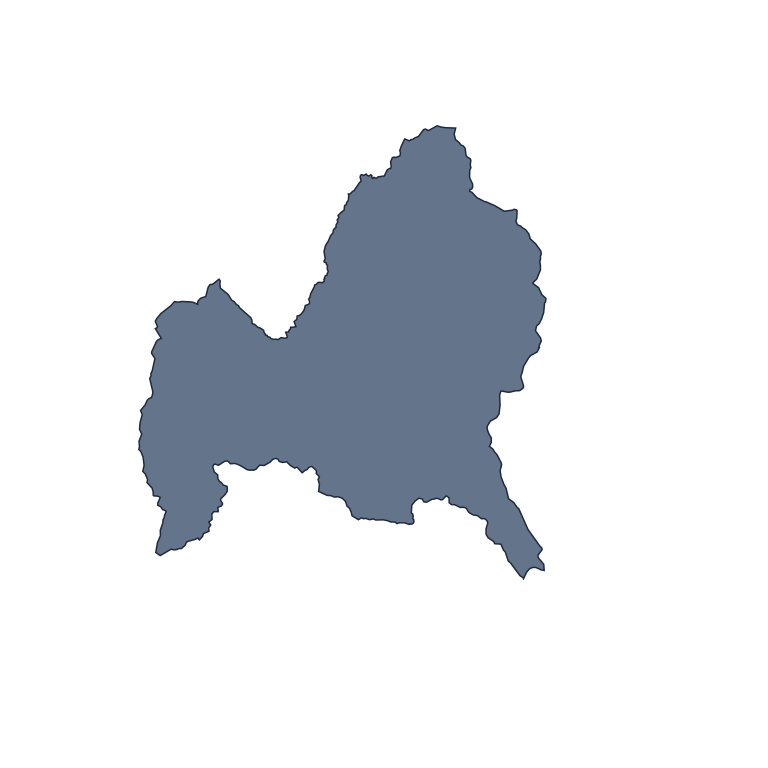 Andes, Antioquia, Colombia (Mercator projection), rotated 209°
{"feature_id": "7082276B30380127815857", "entity_name": "Andes", "entity_type": "district", "adm_level": 2, "iso_a3": "COL", "parent_name": "Colombia", "parent_adm1": "Antioquia", "projection": "mercator", "projection_center": [-75.916, 5.629], "detail": "fine", "context": "isolated", "style": "filled", "palette": "slate", "viewbox_px": 768, "rotation_deg": 209, "n_neighbors": 0, "source": "geoboundaries", "source_scale": "gbopen_adm2", "svg_char_len": 6171}
<svg xmlns="http://www.w3.org/2000/svg" viewBox="0 0 768 768"><g transform="rotate(209 384 384)"><path d="M501.9,126.0L496.6,125.4L490.1,136.3L486.9,137.3L484.8,138.9L484.2,140.1L481.4,141.9L479.7,146.6L480.1,149.3L479.5,151.0L473.5,156.9L472.0,159.1L469.9,158.1L468.8,162.8L469.4,165.6L465.7,170.4L467.5,172.9L467.2,176.7L470.3,178.3L468.7,182.1L471.5,186.7L471.0,189.8L467.1,192.0L469.5,195.6L467.1,198.4L466.9,200.6L467.5,201.4L470.4,202.9L471.1,204.3L469.3,210.7L469.2,214.6L471.6,218.4L475.6,217.7L478.4,218.9L480.7,219.1L483.5,220.7L485.3,223.8L489.8,224.8L493.6,228.5L493.8,231.2L492.8,232.1L489.3,232.7L485.9,239.1L484.1,240.5L482.4,240.7L479.6,239.8L476.3,242.0L474.3,242.6L469.6,243.0L462.4,242.7L460.2,243.3L456.1,245.6L454.7,247.3L453.5,252.7L449.3,254.6L445.7,260.5L444.6,264.5L442.5,266.4L440.3,266.9L438.4,265.6L437.0,265.6L434.4,266.4L431.4,268.8L426.3,267.3L421.3,267.2L420.0,268.9L419.3,269.0L412.5,266.7L411.1,270.4L410.0,271.4L409.0,275.3L407.1,276.9L401.9,275.7L400.8,275.0L399.9,272.9L395.5,271.5L395.4,268.5L392.0,265.2L389.1,258.3L379.8,259.0L376.3,260.6L372.4,261.1L369.2,263.3L364.9,263.8L360.6,262.6L357.1,259.2L353.9,258.6L350.9,256.3L348.1,253.3L340.6,252.9L338.9,256.0L336.4,256.3L334.6,257.7L330.8,258.3L328.1,260.7L325.2,261.1L318.9,264.8L314.1,266.3L311.5,266.5L307.4,268.6L304.9,268.2L303.5,269.9L300.3,271.7L298.3,272.7L294.4,273.3L291.6,275.1L291.0,276.2L291.0,277.8L292.2,279.8L293.7,280.4L294.4,282.7L296.0,284.3L297.6,284.5L301.0,291.6L299.9,297.2L297.9,301.2L294.7,301.9L292.0,300.3L290.2,300.9L289.2,301.6L286.0,306.6L283.8,308.1L283.0,309.3L281.5,310.0L278.2,310.2L276.7,311.2L275.6,315.7L274.9,316.5L271.9,315.9L269.4,311.7L266.6,311.2L263.6,312.7L257.4,313.0L254.7,314.7L252.9,315.2L251.4,315.0L248.0,313.0L245.7,312.7L242.4,312.8L238.4,314.2L233.5,313.4L230.9,314.9L229.2,314.9L227.1,314.0L225.8,312.6L224.6,306.9L221.8,302.0L218.4,300.0L211.6,299.4L209.8,298.0L204.1,300.6L198.8,296.6L196.6,296.0L189.6,289.5L186.5,288.8L171.9,282.2L168.9,282.2L167.6,281.3L168.0,288.4L167.3,292.4L166.0,294.6L164.2,296.2L161.9,297.2L156.5,297.6L153.5,298.6L156.9,303.8L163.8,306.4L165.8,307.8L166.3,308.9L165.4,315.7L166.5,317.1L169.1,317.8L187.6,326.6L205.7,340.3L208.0,340.7L213.2,343.3L219.4,344.0L226.8,352.1L229.9,353.9L236.5,359.4L240.5,364.6L241.9,370.2L243.1,371.7L250.7,376.9L254.5,378.2L256.8,379.7L261.7,380.7L261.8,384.8L264.0,388.9L267.9,391.1L271.1,393.8L272.7,395.9L273.2,397.1L273.0,403.0L269.2,409.3L268.9,413.6L272.3,421.9L277.5,430.4L278.3,434.1L278.0,434.8L271.6,436.9L269.7,438.1L266.1,441.5L262.1,444.0L260.4,447.7L260.4,448.9L261.7,450.7L267.1,455.8L268.3,457.7L268.6,460.5L270.5,467.3L270.2,476.7L269.5,480.2L265.6,486.2L265.8,491.0L266.2,490.8L266.9,493.3L267.3,497.9L269.5,500.2L277.3,504.0L278.7,508.7L277.5,512.3L277.7,517.2L279.0,524.0L282.8,532.6L282.6,534.1L283.5,536.8L284.2,537.5L289.1,538.6L295.5,543.2L302.5,544.1L302.7,545.1L301.3,549.9L302.5,559.6L304.8,563.8L306.8,566.1L307.8,569.5L309.0,571.3L309.5,573.9L310.6,575.5L311.6,576.5L319.3,580.1L326.5,581.9L330.1,585.5L334.9,587.6L338.9,587.8L340.8,588.4L343.5,588.0L345.1,588.4L347.6,590.6L348.5,593.8L350.8,598.5L351.7,600.1L352.7,600.6L355.0,599.8L355.9,598.4L362.6,593.4L373.2,593.7L382.5,592.9L384.6,592.3L393.0,592.0L400.1,594.3L402.4,594.0L403.2,595.7L401.8,597.1L401.8,599.1L403.6,602.0L408.4,605.3L409.9,607.2L412.6,612.5L412.9,615.4L414.7,617.3L416.5,621.7L417.7,622.8L421.2,622.9L423.2,623.8L427.0,629.2L428.3,630.0L430.0,630.6L432.9,630.4L434.9,631.5L440.0,632.5L443.8,636.6L445.4,642.6L454.2,638.1L458.6,636.4L462.7,635.6L467.6,627.8L468.6,627.1L471.3,627.1L472.7,625.7L473.9,617.2L476.5,613.9L477.4,611.9L478.8,610.9L479.8,609.0L484.7,608.4L484.2,600.5L483.4,595.9L481.7,594.1L480.7,591.7L481.0,590.8L483.2,588.2L484.2,587.4L485.0,587.5L486.4,586.0L485.9,581.4L483.5,578.3L482.7,576.4L482.8,575.5L483.8,575.1L485.0,572.6L484.6,566.1L489.6,562.3L490.5,560.1L493.0,559.9L493.5,558.3L494.7,558.7L495.8,560.5L496.9,560.7L498.2,558.4L499.6,558.3L501.4,559.0L502.6,556.8L504.9,556.3L505.7,555.2L505.1,553.2L502.3,550.3L503.0,548.4L504.0,538.3L504.8,537.4L505.8,533.8L507.3,532.9L506.3,531.8L504.3,527.6L504.6,524.4L503.8,522.5L504.8,521.4L504.8,520.5L503.1,516.5L504.5,513.9L505.9,509.1L504.3,507.9L504.5,504.7L502.9,503.3L503.1,500.2L501.9,497.4L502.7,496.2L502.9,494.1L501.9,491.2L502.6,488.0L502.0,481.6L502.3,476.8L500.7,470.8L496.1,465.0L496.1,462.4L495.4,461.7L493.2,461.9L492.5,460.8L490.9,460.2L489.4,457.1L487.3,455.3L487.2,453.0L486.6,451.9L487.7,450.3L487.6,448.2L487.0,447.6L487.4,446.6L486.1,445.0L486.8,442.9L490.1,441.5L491.1,440.4L491.5,438.6L492.6,437.0L492.1,435.3L491.9,427.4L490.9,424.0L491.1,421.7L489.0,420.0L488.4,418.4L488.6,417.2L490.9,414.5L489.7,409.8L490.3,405.2L491.3,402.8L492.9,401.5L491.6,398.2L492.9,395.1L488.9,391.5L490.8,389.7L493.1,388.5L492.5,386.2L493.1,385.0L492.7,383.3L495.1,381.6L491.6,378.6L491.4,377.4L493.0,375.9L496.5,374.7L498.2,371.4L500.4,370.8L502.0,369.6L504.9,369.0L506.7,369.6L508.8,368.9L509.8,369.9L511.5,369.4L512.2,370.3L513.7,370.8L515.3,372.6L519.1,373.0L521.8,372.4L526.2,373.5L528.0,372.8L528.9,373.3L530.5,375.8L532.5,377.4L547.4,380.7L549.1,381.9L552.0,382.1L554.7,383.3L557.9,383.5L563.6,386.7L573.5,388.5L576.1,392.0L577.2,394.8L579.1,395.7L582.3,388.1L584.0,387.0L584.5,386.1L584.7,383.3L582.3,374.1L585.9,370.2L586.3,369.0L586.9,365.9L585.6,363.4L590.3,363.0L592.4,362.3L600.8,358.2L603.2,356.1L607.2,354.4L608.4,349.1L613.3,337.5L614.5,330.8L614.5,328.1L610.0,324.4L609.9,323.0L610.9,321.6L600.9,315.9L603.0,313.3L603.7,310.9L602.8,299.5L602.1,298.1L596.7,295.2L593.1,283.1L592.9,280.1L591.8,278.3L591.5,275.1L583.0,265.8L581.6,263.5L580.8,259.6L582.4,257.4L583.2,255.0L582.8,249.6L584.1,242.8L580.6,240.0L578.6,231.9L575.9,225.9L571.6,222.7L570.6,215.4L567.5,210.6L566.7,207.8L564.2,207.3L559.4,203.4L554.4,196.6L552.6,190.6L549.2,189.6L544.4,185.8L543.5,182.9L536.4,180.5L533.8,178.0L531.7,174.6L530.9,174.6L528.1,176.0L525.5,176.5L524.7,176.2L524.1,170.1L523.0,168.2L520.1,168.5L516.8,166.9L513.7,167.2L512.7,166.8L512.2,162.6L511.4,160.4L511.5,158.2L510.1,155.4L508.8,147.7L506.0,142.9L505.2,135.4L501.9,126.0Z" fill="#64748b" stroke="#1e293b" stroke-width="1.5"/></g></svg>